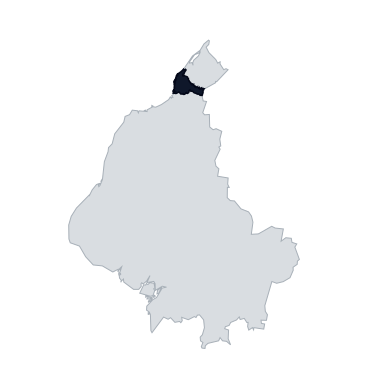 where Santa Catarina sits in Brazil, rotated 189°
{"feature_id": "BRA-614", "entity_name": "Santa Catarina", "entity_type": "State", "adm_level": 1, "iso_a3": "BRA", "parent_name": "Brazil", "parent_adm1": "", "projection": "equal_earth", "projection_center": [-50.571, -27.663], "detail": "fine", "context": "in_parent", "style": "filled", "palette": "ink", "viewbox_px": 384, "rotation_deg": 189, "n_neighbors": 0, "source": "natural_earth", "source_scale": "10m", "svg_char_len": 8448}
<svg xmlns="http://www.w3.org/2000/svg" viewBox="0 0 384 384"><g transform="rotate(189 192 192)"><path d="M117.4,71.7L120.6,75.3L124.5,73.6L125.8,76.0L128.0,72.6L133.4,69.2L134.5,66.0L138.0,64.2L138.3,62.1L134.3,61.4L133.3,52.7L130.0,47.1L134.5,49.9L138.6,49.8L141.5,52.6L142.4,49.2L152.6,45.0L154.8,42.2L154.7,39.5L157.7,39.4L158.6,40.7L157.7,45.1L160.3,46.3L161.2,49.9L159.4,52.7L158.5,59.9L160.5,67.5L165.3,71.8L167.4,71.2L168.4,68.7L170.2,69.3L175.7,65.3L182.6,66.6L181.5,63.3L182.6,61.2L184.0,62.2L188.5,60.6L193.5,64.5L195.7,62.6L200.5,64.0L209.5,46.8L210.9,48.6L213.9,64.4L215.5,66.8L218.4,68.2L218.8,72.2L213.7,79.7L210.5,82.2L206.4,92.5L202.3,94.0L206.6,94.3L212.8,89.1L214.1,95.7L215.8,97.7L222.3,95.5L220.4,102.9L222.9,96.9L225.9,93.5L227.4,94.5L228.0,93.4L227.4,90.7L229.4,87.5L234.5,86.7L245.3,92.4L246.1,95.3L247.6,93.3L250.1,95.6L250.8,98.0L249.5,99.7L250.1,100.6L251.4,99.0L251.7,100.6L250.5,102.2L249.7,107.3L251.4,105.2L252.6,101.4L252.9,104.1L257.7,100.6L269.0,105.0L278.1,104.5L286.9,111.4L294.7,121.0L304.3,122.8L306.2,126.3L308.6,140.1L307.5,149.0L303.6,158.1L293.0,173.0L293.0,171.8L290.9,178.5L287.5,184.4L286.0,185.3L284.9,182.7L283.9,184.0L282.4,190.3L283.3,208.3L281.2,218.7L281.4,222.8L278.4,227.1L277.4,237.4L270.3,250.3L269.9,256.2L265.8,258.6L263.8,263.5L258.5,263.7L257.4,261.8L257.0,263.9L248.9,264.4L249.2,266.1L244.0,270.1L241.1,270.1L236.0,273.5L229.5,279.6L228.3,282.5L227.1,281.4L226.7,282.7L225.3,282.1L227.1,283.9L225.6,285.7L225.1,289.0L226.2,296.0L224.7,306.4L219.4,312.3L212.8,326.4L206.7,332.7L206.5,330.6L210.9,328.0L214.7,320.3L214.8,318.9L212.3,319.8L210.7,317.3L211.5,319.7L210.8,322.6L207.0,327.3L205.8,331.0L206.2,333.1L203.3,340.2L199.4,344.6L198.5,344.0L198.5,340.4L200.7,337.3L197.1,332.3L189.2,326.5L186.8,323.3L184.6,325.0L184.3,322.8L179.8,317.8L177.7,319.1L175.5,318.4L184.9,304.8L186.0,304.9L185.8,303.6L196.3,295.4L197.2,288.6L195.2,283.7L191.8,283.7L193.8,272.0L191.6,270.2L187.0,271.3L184.7,259.0L180.9,256.8L178.1,258.3L172.1,256.6L172.8,248.5L170.8,242.0L172.5,240.6L170.9,238.7L174.4,226.8L172.4,221.3L169.1,219.1L169.2,211.6L158.5,211.5L158.0,205.3L156.0,202.3L157.8,202.2L156.3,191.9L152.9,189.5L148.7,189.8L141.0,183.0L133.0,181.2L129.5,177.5L127.1,171.7L126.8,159.5L119.9,161.0L107.9,170.6L104.3,169.4L96.0,169.8L96.3,157.3L92.2,161.5L86.7,161.8L85.4,157.9L80.4,157.1L81.8,153.7L75.4,142.2L77.1,140.2L76.8,137.0L80.4,133.5L79.8,130.5L81.8,122.7L87.9,117.7L94.1,115.1L99.1,116.1L102.3,91.1L100.9,85.6L98.3,82.6L98.4,76.9L103.8,76.2L102.9,73.1L99.6,73.0L99.7,67.8L109.7,67.7L109.6,65.5L111.1,67.5L114.3,64.5L116.0,67.8L116.2,72.0L117.4,71.7ZM216.7,82.5L227.8,83.9L225.2,92.7L223.1,92.9L222.8,94.4L221.1,93.7L219.4,95.9L215.2,95.9L213.7,91.5L214.7,90.4L213.4,88.8L214.3,83.7L216.7,82.5ZM207.2,93.1L209.0,86.7L210.7,85.9L210.6,89.7L207.2,93.1ZM219.8,79.4L218.7,81.7L216.2,81.2L216.6,79.7L219.8,79.4ZM216.0,76.8L215.5,81.6L214.5,81.1L216.0,76.8ZM221.5,82.4L219.9,82.7L219.2,82.3L221.2,80.8L221.5,82.4ZM214.3,82.6L212.7,84.2L212.0,83.3L213.2,81.9L214.3,82.6ZM217.3,78.4L216.5,77.4L217.8,76.4L218.0,77.3L217.3,78.4ZM216.4,65.9L215.5,66.1L215.3,64.4L216.1,64.3L216.4,65.9ZM226.5,300.3L226.2,298.8L227.0,297.5L227.2,297.9L226.5,300.3ZM245.0,269.6L245.2,271.2L244.1,270.8L245.0,269.6ZM226.1,290.0L225.6,289.1L226.3,288.2L226.6,288.6L226.1,290.0ZM251.1,104.1L250.4,106.0L251.1,103.4L251.1,104.1ZM285.4,185.6L284.3,186.1L285.0,184.7L285.4,185.6ZM251.8,265.0L250.7,265.6L250.4,265.3L251.1,264.5L251.8,265.0ZM283.5,188.8L283.1,189.8L282.9,189.2L283.5,188.8ZM248.2,91.7L248.2,92.7L247.9,92.6L248.2,91.7Z" fill="#d9dde1" stroke="#a8b0b8" stroke-width="1"/><path d="M196.9,291.1L196.8,290.9L197.0,290.7L196.9,289.8L196.9,289.5L197.2,289.1L197.2,288.9L197.5,288.9L198.1,289.1L198.3,289.1L198.8,288.8L199.0,288.7L199.4,288.9L200.4,289.7L200.8,289.7L201.1,289.6L201.3,289.7L202.0,289.5L202.9,289.8L203.0,290.0L203.6,290.0L204.1,290.2L204.4,290.2L204.7,290.3L205.0,290.2L205.6,290.4L205.9,290.6L206.1,290.8L206.6,291.3L207.0,291.3L207.4,291.5L208.3,291.5L208.7,291.3L208.9,291.5L209.5,291.5L209.8,291.9L210.0,292.3L210.2,292.0L210.7,291.9L210.9,291.7L211.0,291.5L211.0,291.2L210.8,290.7L210.7,290.2L210.9,289.9L210.9,289.6L211.1,289.3L211.6,289.1L211.9,288.7L212.1,288.8L212.4,288.7L212.6,288.9L212.8,288.8L212.9,289.0L213.0,288.8L213.3,288.9L213.5,288.6L213.8,288.7L213.9,288.4L214.2,288.0L214.4,287.4L214.9,287.2L214.7,287.0L214.9,287.1L215.4,287.1L215.5,287.3L215.9,287.4L216.0,287.7L216.1,287.8L216.2,287.7L216.2,287.4L216.4,287.2L216.6,287.2L216.9,287.3L217.9,287.1L218.1,287.0L218.3,287.0L218.7,287.2L219.1,287.6L219.5,287.9L219.6,288.1L219.9,288.4L220.3,288.6L220.6,288.7L220.9,288.6L221.0,288.3L221.1,288.2L221.6,288.0L222.0,287.7L222.5,287.1L223.1,286.9L223.1,287.0L223.3,287.0L223.5,286.9L223.7,287.0L224.0,287.0L224.2,286.8L225.7,286.7L225.8,286.8L226.1,286.8L225.9,287.2L226.0,287.5L226.1,288.2L226.0,288.3L225.8,288.4L225.6,288.7L225.2,288.6L224.9,287.4L224.9,287.6L224.9,287.8L224.9,288.0L225.0,288.2L225.1,288.5L225.1,288.8L225.1,289.1L224.9,289.1L225.2,289.3L225.3,289.5L225.7,289.8L225.8,290.1L225.6,291.1L225.5,291.9L225.5,292.5L225.8,292.8L226.0,292.7L226.1,292.8L225.8,293.3L225.8,293.5L225.9,293.9L225.8,294.4L225.9,294.5L226.0,294.5L225.9,295.3L226.0,295.7L226.3,295.5L226.4,295.4L226.5,295.6L226.5,295.8L226.6,296.0L226.4,296.2L226.4,295.9L225.9,296.2L225.8,296.4L225.9,296.8L226.1,296.9L226.1,297.0L226.2,297.4L226.0,297.6L225.7,297.9L225.6,298.1L225.9,298.7L226.0,298.8L226.0,299.1L225.9,299.0L225.6,299.4L225.7,299.6L225.8,299.9L225.9,300.2L225.7,300.3L226.1,300.7L225.9,300.9L226.0,300.9L226.1,301.0L225.9,301.5L225.8,302.0L225.9,302.4L225.8,302.6L225.6,303.5L225.7,303.8L225.4,304.1L225.3,304.6L225.1,304.9L225.0,305.5L224.9,305.7L224.7,305.4L224.8,304.9L224.5,304.5L224.4,304.5L224.4,305.0L224.4,305.3L224.5,305.3L224.4,305.6L224.8,306.0L225.0,305.9L224.7,306.6L224.3,306.7L223.9,306.9L223.7,307.1L223.3,307.4L221.7,309.0L220.5,310.5L219.6,312.0L219.4,311.7L219.0,311.6L218.7,311.2L218.2,311.0L217.5,311.4L217.5,311.5L217.7,311.8L217.8,311.9L217.8,312.1L217.7,312.2L217.1,311.8L217.1,311.0L217.4,310.7L217.6,310.2L217.7,310.4L217.8,310.3L218.0,310.3L218.0,310.0L218.1,309.8L218.3,309.3L218.2,308.3L218.3,308.0L218.4,307.8L218.4,307.4L218.5,307.4L218.6,307.6L218.7,307.4L218.9,307.3L219.2,306.6L219.3,306.6L219.5,306.7L219.6,306.2L219.5,305.9L219.4,305.6L219.2,305.8L218.9,305.7L218.7,305.4L218.3,305.6L218.1,305.4L217.9,305.6L217.7,305.7L217.4,305.6L217.3,305.4L217.2,305.4L217.2,305.5L216.8,305.4L216.2,305.3L215.5,305.2L215.3,305.1L215.1,305.1L214.7,305.0L214.5,304.9L214.1,304.0L213.8,303.8L213.6,303.2L213.3,303.0L213.2,303.1L213.1,302.7L213.0,302.2L212.7,301.8L212.6,301.7L212.3,301.6L211.9,300.7L211.5,300.5L211.3,300.3L211.1,300.3L210.9,300.0L210.7,299.9L210.7,299.6L210.4,299.2L210.2,299.4L210.1,299.2L209.9,299.1L209.7,298.7L209.2,298.8L209.2,298.7L208.9,298.2L208.7,298.4L208.6,298.1L208.3,298.4L208.2,298.2L207.9,298.3L208.0,298.5L207.5,298.4L207.6,298.2L207.4,298.4L207.2,297.9L207.1,298.0L207.1,297.9L207.0,297.7L206.6,297.5L207.0,297.4L206.9,297.3L206.7,297.2L206.1,297.0L206.1,296.8L206.0,296.7L205.8,296.7L205.7,296.5L205.4,296.9L205.2,296.6L205.3,296.5L205.3,296.4L205.0,296.4L205.0,296.7L204.9,296.7L204.5,296.7L204.4,296.3L204.4,296.5L204.2,296.1L204.0,296.4L203.7,296.4L203.2,296.4L202.9,296.4L202.8,296.6L202.7,296.3L202.3,296.1L202.0,296.0L201.9,295.7L201.6,296.0L201.4,295.9L201.4,295.7L201.2,296.1L201.1,295.8L201.1,295.6L200.9,295.6L200.9,295.4L201.0,295.2L200.9,295.1L200.7,295.3L200.7,295.6L200.3,295.7L200.2,295.5L200.1,295.8L199.8,295.7L199.4,296.0L199.5,295.4L199.4,295.3L199.2,295.2L198.8,295.4L198.5,295.5L198.4,295.4L198.2,295.5L198.2,295.9L198.1,296.0L197.7,295.8L197.5,296.1L197.4,296.1L197.3,295.8L197.2,295.7L196.9,295.9L196.7,295.7L196.3,295.8L196.4,295.6L196.4,295.4L196.5,295.2L196.5,294.8L196.7,294.7L197.0,293.8L197.0,293.5L196.9,292.8L196.8,292.5L196.7,292.4L196.8,292.2L196.8,291.5L196.9,291.1ZM226.9,297.6L226.9,297.4L227.2,297.8L227.2,298.0L227.0,298.5L227.0,298.9L226.5,299.8L226.5,300.0L226.5,300.3L226.3,300.5L226.2,300.7L226.1,300.1L226.2,299.6L226.3,299.3L226.3,299.1L226.2,298.9L226.4,298.8L226.5,298.7L226.4,298.6L226.4,298.3L226.3,298.1L226.4,297.9L226.4,297.7L226.9,297.6ZM226.3,289.5L226.1,289.8L226.1,290.1L225.9,290.0L225.7,289.6L225.4,289.3L225.5,289.0L225.8,288.7L226.2,288.5L226.2,288.3L226.3,288.2L226.4,288.3L226.6,288.7L226.5,288.9L226.3,289.5Z" fill="#0f172a" stroke="#020617" stroke-width="1.5"/></g></svg>